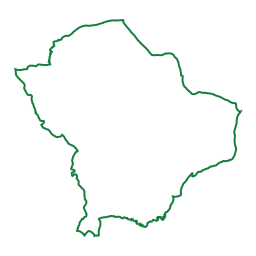 Ghinda, Semenawi Keyih Bahri, Eritrea (orthographic projection)
{"feature_id": "51966322B62460220695026", "entity_name": "Ghinda", "entity_type": "district", "adm_level": 2, "iso_a3": "ERI", "parent_name": "Eritrea", "parent_adm1": "Semenawi Keyih Bahri", "projection": "orthographic", "projection_center": [39.133, 15.477], "detail": "fine", "context": "isolated", "style": "outline", "palette": "green", "viewbox_px": 256, "rotation_deg": 0, "n_neighbors": 0, "source": "geoboundaries", "source_scale": "gbopen_adm2", "svg_char_len": 5710}
<svg xmlns="http://www.w3.org/2000/svg" viewBox="0 0 256 256"><path d="M25.5,91.1L27.5,94.6L28.9,95.0L31.0,95.1L31.9,96.1L31.9,97.0L31.5,98.8L31.6,99.8L32.0,100.7L32.3,102.9L33.2,104.0L33.9,106.9L34.8,108.3L35.3,110.8L36.0,112.4L35.5,113.0L37.4,114.8L38.0,115.6L38.5,117.2L40.2,120.3L40.8,120.8L42.2,121.1L43.2,120.9L44.0,121.3L43.9,122.4L43.5,123.2L41.3,124.9L42.9,127.6L44.8,128.3L46.5,129.3L47.7,129.4L48.8,130.0L50.3,131.8L51.3,133.5L52.8,134.9L56.3,137.0L57.4,137.1L60.0,136.6L60.9,136.3L61.6,135.7L62.1,134.8L62.7,135.2L63.9,136.5L65.7,139.8L67.2,141.5L68.4,143.4L69.8,144.4L73.5,146.0L75.9,148.4L77.6,150.8L77.6,151.3L76.3,151.7L75.3,152.8L73.7,155.5L72.9,157.3L72.1,160.6L72.8,162.8L72.8,164.3L71.1,168.8L71.6,169.3L72.2,169.6L74.1,170.0L74.4,170.2L74.6,170.6L74.6,171.1L74.2,171.8L73.3,172.3L72.2,172.5L71.9,172.8L71.7,173.4L72.1,175.5L72.4,175.9L72.7,175.9L74.2,174.5L75.0,174.3L75.9,174.3L76.3,174.7L77.0,176.1L77.1,176.9L76.7,178.6L77.2,179.3L78.0,180.0L78.7,181.7L78.6,183.9L78.8,184.9L80.9,186.9L81.3,187.6L83.1,189.2L83.9,190.2L84.5,191.9L84.3,194.3L84.7,196.4L84.8,199.0L85.3,200.0L86.1,200.4L86.5,202.4L86.0,203.9L84.1,206.8L83.9,207.3L84.0,208.1L84.5,209.3L84.6,210.0L85.7,211.8L85.9,212.9L86.7,214.2L86.3,215.3L86.3,216.1L86.1,216.5L84.2,217.3L83.1,219.1L81.9,219.0L81.3,220.3L79.7,222.5L79.5,223.0L79.4,224.7L78.0,227.3L78.1,227.9L77.6,228.6L77.1,230.9L77.7,230.9L79.2,231.1L81.0,232.0L83.4,234.0L84.4,235.6L84.7,235.5L85.4,234.1L87.4,231.9L88.3,231.2L88.9,231.0L89.8,231.2L91.4,232.0L93.2,233.5L94.3,234.9L94.4,235.9L95.9,235.4L97.6,235.7L98.6,235.5L98.9,234.7L98.7,232.3L98.8,230.7L99.3,228.4L100.3,225.8L100.4,221.9L100.2,221.3L99.0,219.5L99.0,218.9L99.9,218.2L103.1,217.4L106.4,217.1L109.7,216.3L110.2,216.0L110.8,216.2L111.9,215.9L112.8,216.3L114.1,216.2L115.2,217.1L115.9,216.8L117.1,216.9L118.7,216.6L119.7,217.0L120.5,217.1L120.9,217.4L121.2,217.9L122.3,218.1L122.9,218.4L123.2,218.2L123.8,217.4L124.6,217.4L125.8,217.9L126.2,218.3L126.6,218.3L126.9,217.9L127.3,218.0L127.7,218.9L128.2,219.3L129.4,219.5L129.9,219.4L131.2,220.2L131.7,218.9L132.2,218.8L132.7,219.2L133.5,220.7L133.9,221.0L135.1,221.2L136.1,220.6L136.7,220.9L136.8,221.5L136.4,222.6L137.0,222.7L137.2,223.0L137.1,223.7L137.9,223.8L139.1,224.5L139.3,224.5L139.8,223.9L140.0,224.4L139.9,225.3L140.4,225.6L141.5,224.4L141.7,224.5L141.9,225.0L141.3,225.4L141.7,225.8L142.7,225.4L143.0,226.5L144.0,226.4L144.8,226.9L145.3,226.9L145.7,226.9L146.0,226.4L147.1,225.6L147.4,223.8L147.4,223.2L148.3,222.7L149.1,221.9L150.1,221.4L151.7,221.7L152.4,220.9L152.9,220.1L153.2,219.9L155.2,220.3L156.6,220.8L156.9,220.7L157.3,220.1L158.0,219.9L158.0,219.6L157.1,218.5L157.1,218.3L158.3,218.5L158.5,218.3L157.9,217.4L157.9,217.0L158.7,217.1L159.7,216.9L160.5,217.3L160.9,217.1L161.3,217.5L161.2,218.7L161.6,219.2L162.2,219.6L162.7,218.6L163.4,219.4L164.0,218.7L164.5,217.8L164.3,217.4L163.6,217.5L163.3,217.4L163.3,217.0L163.7,216.8L164.9,216.7L165.2,216.4L165.0,215.6L164.4,214.9L165.3,214.6L165.0,213.6L165.1,212.9L165.8,212.2L167.0,212.1L169.4,209.2L170.1,207.8L170.4,205.6L172.5,202.5L173.0,201.4L173.3,200.6L173.5,198.8L172.9,196.4L174.5,196.7L175.9,196.8L179.4,195.9L180.8,195.0L181.1,194.2L180.7,192.0L181.3,188.7L181.6,187.7L182.7,185.5L182.9,184.4L184.7,182.3L186.1,180.9L188.5,177.2L192.2,173.2L192.5,173.3L192.5,173.6L192.1,175.5L192.2,176.2L192.4,176.4L194.8,175.8L195.8,174.9L197.7,172.4L198.3,171.9L200.8,171.8L201.6,171.0L203.7,169.8L208.4,168.1L210.1,166.7L211.4,166.6L213.5,165.9L216.2,165.4L218.0,163.7L219.3,162.8L220.0,162.4L221.6,162.1L223.4,160.9L225.4,161.2L227.9,160.8L229.1,160.5L229.5,159.9L230.3,160.0L231.8,159.4L232.6,158.7L234.5,155.4L235.1,153.3L236.1,149.7L236.1,148.7L234.6,142.7L234.6,140.1L234.9,135.8L234.8,134.7L234.3,133.1L234.2,131.7L236.6,123.4L236.7,120.3L237.1,117.5L238.4,114.6L239.9,112.8L240.6,111.5L239.9,111.8L238.9,111.2L237.0,109.2L236.6,108.5L236.2,106.9L236.1,104.8L235.8,103.4L235.5,103.2L233.5,103.1L231.8,102.7L229.6,101.7L228.2,100.6L226.9,100.0L225.1,99.7L221.6,97.6L219.9,96.9L219.2,96.5L215.7,95.5L212.8,94.1L210.1,93.5L207.4,93.3L206.6,93.0L205.9,92.9L202.1,92.7L198.9,92.0L198.1,92.3L196.5,93.4L194.6,94.1L192.7,94.1L191.6,93.7L190.6,92.5L188.6,90.8L186.7,88.9L185.6,87.5L184.4,86.6L183.8,85.6L182.5,81.0L182.7,76.0L181.1,75.4L180.9,72.2L180.4,70.2L180.4,69.5L180.1,68.4L179.3,67.0L179.1,66.2L178.6,63.0L177.1,59.3L176.7,58.6L174.9,57.2L174.4,56.6L173.8,55.2L171.9,53.7L168.9,53.3L167.8,53.5L165.3,53.5L162.4,55.1L159.8,55.2L158.2,54.9L155.0,55.2L152.5,55.1L151.9,55.0L149.1,52.0L148.1,50.4L145.6,47.8L143.6,46.0L142.7,45.0L141.1,43.6L139.3,41.5L138.1,40.5L134.2,35.2L131.3,32.4L130.3,30.9L124.3,23.8L123.3,21.9L123.2,20.1L116.1,20.5L112.5,20.4L110.5,20.7L107.1,21.4L106.0,21.8L103.7,22.4L103.0,23.0L99.9,23.7L97.9,24.5L96.1,24.9L90.1,25.7L88.3,25.8L86.1,25.5L82.9,26.1L81.4,26.6L78.5,28.0L75.0,30.7L73.9,31.5L71.5,34.0L69.6,35.3L68.2,36.0L66.1,35.8L65.4,35.9L63.9,36.6L62.1,37.8L61.7,38.6L61.6,39.2L61.2,39.6L60.2,39.8L59.1,40.4L58.6,39.8L58.4,39.8L57.4,40.8L56.1,41.4L55.1,41.3L53.6,41.8L53.5,43.4L54.2,44.7L54.3,45.6L54.2,46.1L53.9,46.2L53.3,46.2L53.1,46.9L52.8,47.2L51.7,47.5L51.5,48.1L50.7,48.8L50.1,49.7L50.1,50.3L51.9,51.7L51.9,51.9L51.1,52.2L50.4,52.4L50.3,53.3L50.9,53.8L50.1,54.7L50.2,55.9L49.6,56.6L49.8,57.1L49.7,57.7L49.8,58.3L49.0,59.7L49.0,60.2L49.5,60.8L49.5,61.2L49.2,61.6L48.7,61.9L48.7,62.1L49.7,62.6L49.8,63.7L50.3,64.1L50.3,64.4L49.1,64.4L47.9,64.9L44.1,65.1L38.6,64.4L37.9,64.7L36.3,66.1L35.3,66.1L32.7,65.7L29.8,65.7L27.9,66.9L27.0,69.2L24.4,69.3L20.2,70.1L16.4,69.7L15.4,69.2L15.9,73.0L15.9,74.5L16.3,75.2L17.7,77.2L21.0,80.7L23.9,83.4L24.3,84.2L24.8,86.0L24.1,87.8L24.3,88.9L25.1,89.9L25.5,91.1Z" fill="none" stroke="#15803d" stroke-width="2"/></svg>